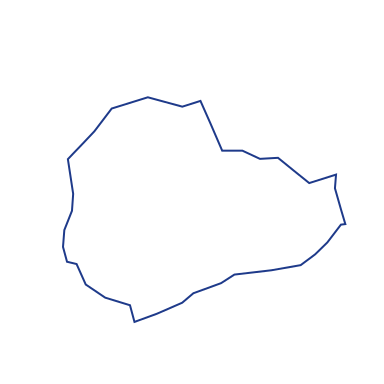 the district of Svedala, Skåne, Sweden, rotated 340°
{"feature_id": "70781695B13433668994781", "entity_name": "Svedala", "entity_type": "district", "adm_level": 2, "iso_a3": "SWE", "parent_name": "Sweden", "parent_adm1": "Skåne", "projection": "albers", "projection_center": [13.297, 55.571], "detail": "fine", "context": "isolated", "style": "outline", "palette": "blue", "viewbox_px": 384, "rotation_deg": 340, "n_neighbors": 0, "source": "geoboundaries", "source_scale": "gbopen_adm2", "svg_char_len": 631}
<svg xmlns="http://www.w3.org/2000/svg" viewBox="0 0 384 384"><g transform="rotate(340 192 192)"><path d="M93.5,294.4L117.3,294.4L144.9,292.7L158.7,287.6L188.1,287.6L203.6,284.1L239.8,292.7L269.1,297.9L286.4,292.7L301.9,285.7L320.8,273.6L325.1,274.6L326.0,259.8L327.6,237.4L333.3,224.9L305.2,223.7L294.8,206.5L284.5,189.3L267.2,184.1L253.5,170.4L234.5,163.5L232.8,134.3L231.1,109.3L212.1,108.5L182.9,87.9L145.1,86.1L121.0,101.6L103.8,110.2L93.6,115.2L86.6,118.7L79.7,153.1L72.8,168.6L59.0,184.1L52.0,199.5L50.7,214.8L58.9,220.2L60.5,242.6L74.3,261.6L95.0,277.2L93.5,294.4Z" fill="none" stroke="#1e3a8a" stroke-width="2"/></g></svg>